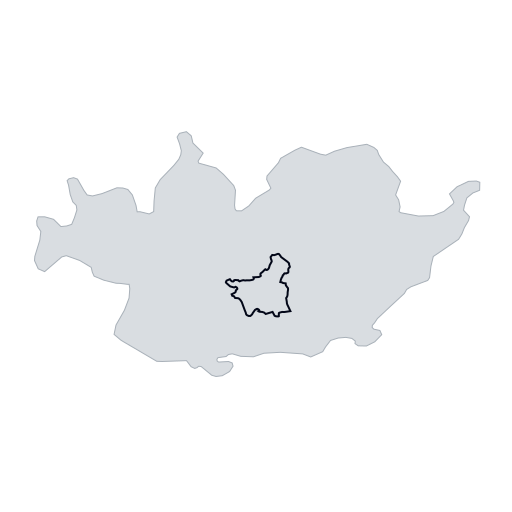 Lucerne on a map of Switzerland (Natural Earth projection), rotated 182°
{"feature_id": "CHE-163", "entity_name": "Lucerne", "entity_type": "Canton", "adm_level": 1, "iso_a3": "CHE", "parent_name": "Switzerland", "parent_adm1": "", "projection": "natural_earth1", "projection_center": [8.13, 47.03], "detail": "fine", "context": "in_parent", "style": "outline", "palette": "ink", "viewbox_px": 512, "rotation_deg": 182, "n_neighbors": 0, "source": "natural_earth", "source_scale": "10m", "svg_char_len": 4630}
<svg xmlns="http://www.w3.org/2000/svg" viewBox="0 0 512 512"><g transform="rotate(182 256 256)"><path d="M385.1,165.5L388.1,167.2L395.1,172.7L393.5,182.1L385.6,197.2L381.4,209.5L381.0,218.9L381.8,223.3L383.3,223.2L391.0,223.9L394.9,223.9L407.2,226.5L417.1,230.2L419.0,234.1L420.3,238.9L432.1,245.4L445.6,249.7L450.1,248.3L466.7,233.0L473.2,235.6L477.2,243.7L477.0,248.0L472.6,264.3L471.9,273.0L475.9,278.8L476.4,283.3L475.2,287.5L468.6,287.8L459.6,285.6L452.0,278.6L446.2,279.4L441.3,281.2L438.8,287.9L436.6,295.8L437.4,300.3L441.0,303.7L443.8,310.9L445.8,320.3L447.4,324.7L445.7,326.6L441.0,327.9L437.1,326.6L430.2,315.4L426.9,311.1L421.5,310.3L412.0,313.0L397.4,319.3L391.5,319.3L386.4,318.0L381.7,312.7L377.7,302.4L376.3,296.0L373.5,296.2L364.2,294.3L359.8,296.8L359.8,307.4L359.0,320.5L354.4,329.0L341.3,343.6L336.5,350.0L334.7,354.6L334.3,358.6L336.3,365.5L339.0,372.1L336.8,375.9L329.9,377.8L324.9,373.8L323.0,366.7L312.4,357.0L317.2,348.8L316.4,346.8L298.9,342.6L291.3,336.4L280.7,325.6L278.8,321.0L279.2,305.9L278.6,302.3L277.2,300.5L272.0,300.6L264.9,305.8L258.4,313.7L244.9,322.5L243.5,324.3L248.0,332.9L247.8,336.3L236.8,350.0L234.8,354.5L220.8,363.1L214.4,366.3L195.1,360.0L189.8,359.2L181.1,363.5L168.9,367.5L149.2,371.5L142.0,368.6L138.5,365.8L136.9,361.7L131.9,354.3L126.4,350.0L122.5,345.3L117.4,340.1L114.1,335.8L118.6,321.9L115.4,317.1L113.7,310.1L114.6,305.4L112.9,304.3L95.1,301.6L80.4,302.5L69.8,307.1L61.1,314.7L60.1,316.4L60.6,317.8L64.8,324.8L57.5,332.2L46.3,338.0L38.4,338.6L34.9,337.5L34.8,329.5L41.4,326.6L47.3,321.4L49.4,314.1L50.2,309.0L44.0,302.7L44.8,298.9L48.7,291.7L51.0,285.3L54.1,279.8L66.4,270.8L78.8,261.7L80.8,252.1L81.8,240.4L83.5,237.6L100.2,230.6L104.3,227.8L106.4,223.8L119.6,210.7L132.5,197.7L135.2,193.3L137.3,190.8L137.4,188.6L135.7,187.0L129.6,185.9L127.6,181.8L134.3,174.4L142.6,169.9L150.7,169.8L154.0,171.9L153.8,174.4L157.3,177.0L163.4,177.8L171.0,176.9L178.6,174.2L183.3,167.6L186.0,162.7L197.8,157.0L205.9,159.8L228.4,160.6L244.7,159.1L255.0,155.2L267.7,155.2L276.2,157.4L277.7,157.1L280.1,156.6L282.4,154.5L290.4,153.1L291.5,151.4L291.1,149.6L289.7,148.7L279.8,149.6L276.1,148.3L275.1,145.1L278.3,139.7L285.5,135.2L291.7,134.2L296.1,135.3L306.9,143.6L309.5,143.8L311.0,142.4L313.3,141.5L317.0,143.1L321.2,148.3L321.9,149.0L346.1,147.3L351.5,147.3L367.9,156.2L385.1,165.5Z" fill="#d9dde1" stroke="#a8b0b8" stroke-width="1"/><path d="M275.4,213.3L276.6,215.0L277.4,215.2L277.9,215.4L278.3,215.4L278.4,215.6L279.0,216.9L276.0,218.5L275.5,219.0L275.1,219.4L275.0,219.9L275.0,220.5L274.9,221.0L274.5,221.4L273.6,222.2L273.5,222.6L273.7,223.3L274.2,223.9L275.3,224.5L276.8,223.8L280.7,224.7L284.5,227.8L284.9,228.2L285.2,228.8L284.8,229.8L284.5,230.4L281.3,231.9L280.7,231.1L279.4,229.9L278.0,229.7L277.1,230.4L277.0,231.0L276.1,231.3L272.8,231.2L272.7,231.1L272.6,230.7L271.5,230.1L270.0,230.8L267.9,231.4L266.7,231.2L265.5,231.2L264.3,231.4L261.9,231.4L260.2,231.7L258.3,232.2L257.8,232.6L257.4,233.2L257.4,233.7L257.8,234.6L252.4,235.1L250.7,236.0L250.5,236.4L250.9,237.5L251.0,238.1L250.8,238.7L248.9,240.3L246.5,242.9L246.1,243.1L245.8,242.9L245.7,242.6L245.2,242.4L244.6,242.5L244.2,242.6L243.8,242.9L243.0,243.8L242.7,244.4L242.4,245.4L242.0,247.2L240.3,250.6L240.1,251.2L240.4,252.5L240.9,253.4L241.4,255.4L239.8,257.6L237.8,257.5L236.1,258.1L234.6,258.8L233.8,258.9L233.2,258.8L231.9,257.4L230.8,255.8L224.3,251.3L222.7,249.8L222.7,248.9L221.8,246.4L222.0,245.8L222.9,245.0L223.2,244.3L223.3,243.4L223.1,241.8L223.1,241.1L223.3,240.6L223.6,240.3L224.5,240.0L225.2,239.6L225.5,239.6L226.2,239.7L226.7,239.7L227.2,239.4L227.5,238.9L227.7,238.4L227.9,238.2L228.4,237.8L228.6,237.6L228.7,237.2L228.8,236.4L229.0,236.1L229.3,235.7L229.6,235.3L229.9,234.2L230.2,233.7L230.8,230.8L228.7,230.4L228.0,229.9L225.4,229.7L225.1,227.6L224.6,227.1L223.9,226.1L223.0,225.1L222.8,224.2L222.8,223.4L223.1,220.9L223.1,218.4L223.3,217.1L223.6,216.3L224.4,215.0L223.6,211.2L223.5,210.0L223.2,209.0L222.7,207.9L222.3,207.2L219.7,202.1L225.7,201.0L228.0,201.0L230.5,200.2L230.9,200.0L231.0,199.8L231.1,199.7L231.2,199.0L231.1,198.0L231.1,197.0L231.1,196.6L231.3,196.5L231.7,196.4L233.8,196.4L235.3,196.9L237.5,200.7L244.3,198.4L245.8,199.7L247.7,200.3L250.4,200.4L251.3,200.7L251.6,200.9L250.8,201.2L250.7,201.3L250.7,201.5L250.9,201.7L251.0,202.1L251.2,202.3L251.5,202.6L252.0,202.9L252.7,203.2L253.5,203.1L255.1,202.1L257.4,198.6L257.8,197.6L259.5,195.9L261.1,195.8L262.7,196.4L263.3,196.8L263.9,197.6L264.2,198.8L264.6,199.8L265.3,201.3L268.6,209.4L269.0,210.0L270.1,211.5L270.8,212.2L271.3,212.7L272.5,213.2L275.3,213.3L275.4,213.3Z" fill="none" stroke="#020617" stroke-width="2"/></g></svg>